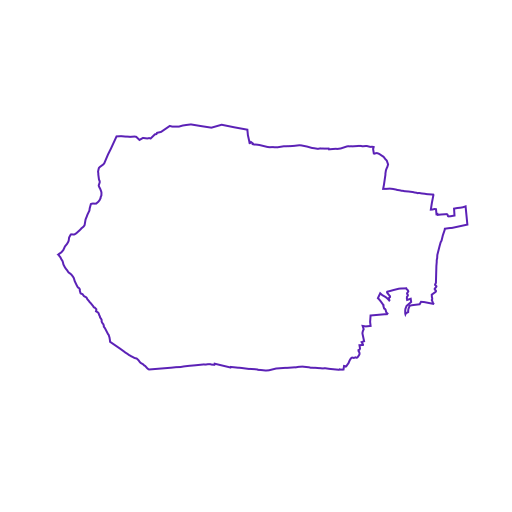 Popesti, Iasi, Romania (Equal Earth projection), rotated 113°
{"feature_id": "2599482B45764776322069", "entity_name": "Popesti", "entity_type": "district", "adm_level": 2, "iso_a3": "ROU", "parent_name": "Romania", "parent_adm1": "Iasi", "projection": "equal_earth", "projection_center": [27.259, 47.14], "detail": "fine", "context": "isolated", "style": "outline", "palette": "violet", "viewbox_px": 512, "rotation_deg": 113, "n_neighbors": 0, "source": "geoboundaries", "source_scale": "gbopen_adm2", "svg_char_len": 6094}
<svg xmlns="http://www.w3.org/2000/svg" viewBox="0 0 512 512"><g transform="rotate(113 256 256)"><path d="M356.7,404.7L358.8,403.0L359.0,402.5L358.9,400.8L359.2,400.3L360.1,398.8L360.2,398.2L360.4,396.1L360.6,395.6L361.6,394.5L362.7,392.3L362.9,391.9L363.4,391.2L364.0,389.7L365.8,386.3L366.6,385.3L366.5,384.3L367.4,382.2L368.3,381.8L369.4,381.7L369.7,379.5L370.2,378.5L371.6,377.3L372.6,376.1L373.5,375.5L374.3,374.1L375.2,373.1L376.6,372.5L377.3,371.8L378.0,370.8L378.5,369.8L379.7,368.8L380.5,368.5L381.5,366.8L385.8,361.6L386.1,360.9L388.3,359.0L390.5,357.6L392.0,356.8L394.4,344.9L395.5,340.1L395.9,338.7L396.3,336.1L396.8,334.1L396.9,332.4L397.1,331.8L397.1,330.4L397.3,328.5L397.3,327.5L397.0,325.9L397.1,325.4L397.9,323.3L398.6,322.2L399.2,321.1L399.5,320.2L399.8,317.6L400.1,316.9L400.4,316.3L400.5,315.1L401.9,312.1L402.3,310.6L402.1,309.8L391.9,290.3L389.6,286.2L387.7,282.1L385.8,279.2L383.3,274.8L380.5,269.5L376.1,261.5L376.0,260.9L375.6,259.9L374.4,258.0L373.5,256.0L373.3,254.4L372.4,251.8L371.3,252.0L368.6,235.9L368.0,235.9L366.3,230.4L365.9,229.0L365.5,228.1L364.7,225.5L362.8,218.6L362.1,216.9L360.7,213.0L359.9,210.3L360.0,209.6L359.1,207.2L357.6,202.2L356.2,199.5L351.7,193.5L347.7,185.7L346.9,183.8L343.7,177.6L343.2,176.6L343.1,176.1L341.4,173.5L339.7,170.1L337.7,163.6L337.5,162.0L335.8,157.9L334.6,154.2L334.1,152.9L333.6,151.1L332.7,149.2L332.4,148.9L331.2,144.3L328.3,135.1L327.6,134.7L327.6,134.0L326.9,132.2L326.3,131.1L322.8,132.0L322.5,130.6L322.7,130.1L322.2,129.8L320.2,129.4L318.6,129.0L315.6,129.0L314.0,128.8L313.2,128.6L312.5,128.3L312.1,128.0L311.8,127.4L311.7,126.3L311.0,125.4L310.4,124.8L310.4,123.9L310.3,123.5L310.1,123.3L309.4,122.9L307.0,122.4L305.8,122.4L304.9,122.8L304.3,123.3L303.5,124.4L302.6,124.9L301.7,124.1L300.6,124.1L300.2,124.3L297.7,125.9L296.1,122.8L295.7,122.9L294.0,125.1L292.2,123.2L286.1,127.5L285.4,127.9L284.0,128.2L283.0,128.3L281.3,128.3L278.7,130.5L278.0,127.6L277.1,125.9L275.6,123.2L272.1,125.2L266.0,127.3L259.5,115.1L258.4,112.7L257.6,112.5L257.3,113.4L256.6,114.4L255.0,115.6L254.4,116.4L254.3,117.5L252.0,119.4L251.4,119.4L251.0,120.2L249.0,123.5L247.7,126.0L247.2,127.3L241.8,127.1L242.3,125.7L242.7,124.4L243.1,120.9L243.5,119.3L244.2,117.4L244.9,116.0L244.6,115.9L243.4,116.9L242.9,117.2L242.4,117.1L241.4,116.6L240.7,116.9L238.7,120.7L238.2,121.2L237.8,121.3L237.5,121.2L236.3,119.5L233.5,116.0L230.2,111.6L229.4,110.1L227.6,106.2L227.0,105.1L227.6,104.5L228.2,102.9L228.8,102.2L229.0,102.0L229.4,102.0L231.3,102.4L231.8,102.1L232.3,101.2L232.9,100.8L233.4,100.8L234.6,101.1L236.0,100.6L237.4,99.7L234.9,96.9L237.7,95.2L243.1,97.9L246.3,97.8L247.7,97.4L249.2,96.8L250.7,96.1L251.2,95.7L250.6,95.7L249.6,95.2L248.2,94.0L246.4,94.7L245.2,95.0L242.6,95.1L241.9,95.1L241.5,94.8L240.3,93.1L236.5,86.5L233.7,86.2L232.7,83.2L230.8,74.2L230.7,73.4L230.2,74.7L230.0,74.9L228.6,76.1L228.1,76.8L227.8,77.0L227.0,76.9L226.0,77.3L225.0,78.1L222.9,79.1L219.1,76.8L218.7,76.6L218.0,76.6L217.6,76.9L217.0,78.3L216.5,78.7L215.8,78.6L214.3,78.1L213.6,78.0L213.3,78.2L212.6,79.9L212.2,80.0L210.4,79.9L194.6,86.1L191.2,87.2L189.5,87.9L188.4,88.2L187.2,88.4L184.2,89.5L175.1,90.9L171.2,91.4L169.4,91.2L163.9,92.1L158.4,92.5L157.1,92.8L154.8,89.0L153.6,86.6L144.5,73.7L128.4,82.5L130.3,84.6L131.6,86.6L133.2,89.5L135.0,92.2L141.2,89.1L143.3,92.3L144.3,94.2L144.3,94.8L144.1,95.0L143.1,95.9L142.9,96.7L145.6,102.1L147.2,104.9L146.4,105.4L147.0,106.2L142.6,108.6L142.9,109.9L144.3,111.8L145.0,113.2L138.2,114.9L130.6,116.5L130.3,116.7L130.2,116.8L132.3,122.9L132.8,125.1L133.7,128.0L134.2,130.3L134.5,131.0L135.0,131.7L135.1,133.1L135.6,134.9L135.8,136.4L137.0,140.7L138.4,144.9L138.5,145.9L139.1,147.6L139.3,149.1L140.1,152.2L140.1,152.9L140.8,156.2L141.7,159.2L143.2,162.1L144.5,165.2L140.7,166.0L130.7,168.6L129.5,169.1L126.3,169.9L124.0,170.0L122.9,169.9L120.1,170.2L117.2,172.8L116.8,173.5L116.4,174.6L114.9,177.2L113.9,182.4L113.9,184.1L114.1,185.1L114.5,185.8L115.5,186.9L115.6,187.6L111.6,190.1L110.4,190.1L109.7,190.3L110.1,191.9L110.4,192.4L110.9,193.5L111.1,194.6L111.4,196.7L111.7,197.6L113.4,200.8L113.7,202.4L114.8,205.1L115.1,205.5L117.5,210.3L117.7,211.1L118.6,212.9L118.9,214.0L119.6,215.1L123.9,220.0L125.7,223.0L126.1,224.4L127.5,227.1L128.4,228.8L129.3,230.5L128.7,231.1L129.3,232.3L131.8,238.5L131.8,238.8L133.2,240.9L134.0,244.3L134.7,246.8L135.3,251.7L136.6,258.0L137.3,259.7L139.7,263.9L141.4,267.2L142.9,270.5L143.7,272.2L144.2,273.4L147.6,278.8L148.1,280.1L148.7,281.5L149.1,282.9L150.6,286.1L151.2,288.3L152.5,296.3L153.3,299.2L154.1,301.3L154.3,302.6L153.8,302.6L153.6,302.9L153.1,305.0L153.7,305.0L154.0,305.2L154.3,305.8L154.6,305.9L154.6,306.0L152.8,307.2L147.9,310.7L143.1,313.3L146.0,326.2L148.6,338.9L155.3,347.2L157.8,357.0L160.3,367.3L162.6,371.3L164.5,374.4L167.0,377.5L169.6,383.6L170.0,386.2L178.9,391.9L181.3,395.2L182.7,395.3L183.5,396.6L189.0,398.9L189.2,400.4L190.3,402.0L191.5,406.2L194.7,408.6L193.1,412.8L193.5,414.5L195.5,418.4L196.2,420.6L197.1,422.9L198.4,427.0L200.4,431.1L213.9,431.5L220.3,431.9L229.9,431.9L231.3,432.3L235.0,434.5L236.3,435.0L237.2,434.9L239.9,434.4L240.8,433.9L241.6,433.4L242.6,433.0L247.0,430.4L247.6,429.8L248.0,429.3L248.9,428.8L249.5,428.6L252.2,428.4L252.8,428.2L254.2,426.8L254.7,426.0L257.1,423.7L258.1,423.0L260.6,422.0L262.7,422.0L263.2,421.7L265.6,421.8L267.6,422.3L270.2,423.6L270.9,425.1L271.4,426.6L272.2,427.8L272.7,428.3L277.1,427.7L279.3,427.1L283.3,427.3L284.7,427.3L285.7,427.2L288.2,427.2L289.3,427.1L294.3,425.9L295.0,425.9L296.5,426.3L298.9,427.6L299.5,427.7L301.2,428.4L305.3,430.3L306.2,430.9L307.0,431.5L307.4,432.0L308.2,434.4L308.6,434.9L311.3,435.2L312.3,435.2L314.3,434.6L315.5,434.4L316.6,434.4L318.8,434.7L321.8,435.6L325.8,435.7L328.4,436.5L329.2,436.9L330.8,438.0L332.0,438.6L332.1,438.0L333.0,436.8L333.4,435.9L334.4,434.6L335.0,434.0L336.1,432.3L337.2,431.3L339.1,429.9L341.0,427.6L342.0,426.1L343.1,424.0L343.8,423.1L344.4,422.0L344.8,420.1L345.3,418.6L346.6,416.3L347.5,415.1L350.0,413.0L353.1,409.5L354.5,407.7L354.7,406.4L355.0,405.9L355.5,405.2L356.0,404.9L356.7,404.7Z" fill="none" stroke="#5b21b6" stroke-width="2"/></g></svg>